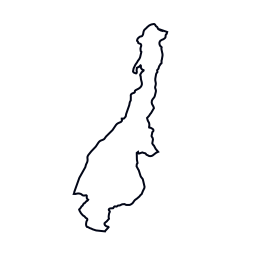 map outline of Cesar (Natural Earth projection), rotated 195°
{"feature_id": "COL-1414", "entity_name": "Cesar", "entity_type": "Department", "adm_level": 1, "iso_a3": "COL", "parent_name": "Colombia", "parent_adm1": "", "projection": "natural_earth1", "projection_center": [-73.578, 9.272], "detail": "fine", "context": "isolated", "style": "outline", "palette": "ink", "viewbox_px": 256, "rotation_deg": 195, "n_neighbors": 0, "source": "natural_earth", "source_scale": "10m", "svg_char_len": 4778}
<svg xmlns="http://www.w3.org/2000/svg" viewBox="0 0 256 256"><g transform="rotate(195 128 128)"><path d="M163.3,50.3L163.2,51.3L163.3,52.6L162.1,67.3L159.1,79.1L159.1,81.8L158.6,84.4L158.6,85.8L159.0,87.5L159.5,88.7L159.7,90.0L159.3,91.7L157.4,96.0L154.3,101.7L152.8,106.2L152.2,107.5L151.3,108.6L149.0,110.3L148.1,111.2L147.0,114.1L142.4,122.0L140.4,127.8L139.7,129.1L138.7,130.2L136.5,131.9L135.8,133.2L135.8,134.7L136.6,135.3L137.4,135.2L134.8,135.9L134.3,136.2L133.2,138.5L133.4,141.0L132.7,150.3L132.9,153.0L132.9,153.5L132.5,155.4L133.3,158.7L133.8,160.3L133.8,161.0L133.5,161.7L132.7,162.6L131.2,163.6L130.9,164.0L130.7,164.5L130.9,165.1L130.9,165.6L130.7,166.1L130.1,166.8L128.0,168.7L127.2,169.6L126.8,170.2L126.4,170.9L126.1,171.7L125.9,172.6L125.9,173.4L125.9,174.0L126.5,175.6L128.1,178.4L129.2,181.4L129.6,181.6L130.0,182.5L129.3,185.3L127.9,187.2L127.8,187.6L128.0,188.0L128.3,188.0L129.3,188.1L129.7,188.2L130.1,188.5L130.4,188.9L131.3,189.6L131.5,191.1L131.7,191.5L132.1,191.8L132.4,191.5L132.9,190.5L133.2,190.0L135.0,188.4L134.6,185.9L134.5,185.6L134.1,184.8L133.9,183.7L133.9,183.4L134.2,182.9L134.7,182.8L135.5,182.9L136.8,183.1L137.5,183.6L137.8,184.0L138.0,187.0L137.2,191.2L136.3,193.5L135.8,195.5L135.2,196.9L134.8,198.2L134.6,199.7L134.8,205.0L135.6,205.5L136.5,207.8L136.5,208.3L136.6,208.9L136.5,210.6L136.7,211.5L137.5,212.4L140.0,212.7L140.8,214.0L141.3,214.3L141.5,214.3L141.7,214.5L141.9,214.8L141.9,215.4L141.9,216.2L141.6,217.2L140.9,218.3L140.4,219.0L139.7,219.6L138.6,220.1L138.2,220.5L137.9,221.3L137.7,222.5L137.9,224.9L137.8,226.3L137.6,226.9L137.3,227.5L136.0,229.5L135.5,230.5L134.9,231.3L134.3,232.2L133.4,233.1L132.3,234.0L130.5,234.9L129.8,235.2L129.2,235.1L128.6,234.8L127.5,233.7L127.1,233.5L126.5,233.3L126.0,233.1L125.5,232.7L124.9,231.8L124.4,231.4L123.8,231.2L121.7,230.7L121.4,230.7L122.3,231.4L115.0,230.9L115.0,229.0L115.3,228.6L115.6,227.8L115.6,227.2L115.5,226.5L115.3,225.6L115.4,224.9L115.7,224.3L116.6,223.1L116.9,222.8L117.7,222.3L119.3,220.7L119.7,219.5L119.7,218.3L119.3,217.2L119.1,216.9L119.0,216.6L118.6,216.2L118.4,216.0L117.9,215.5L117.8,215.3L117.5,215.2L117.1,215.2L116.8,215.1L116.6,214.8L116.3,214.4L116.3,213.2L113.8,208.3L113.4,206.9L113.3,206.0L113.0,202.7L113.1,202.0L112.9,201.4L112.7,200.2L112.4,199.6L112.4,199.2L112.5,198.9L113.1,198.3L113.2,198.1L113.3,197.4L113.8,196.0L113.9,195.3L114.0,193.5L113.9,193.3L114.1,192.7L114.6,191.9L114.8,191.4L114.6,190.7L114.2,190.1L114.1,189.4L114.6,188.5L114.8,187.4L114.4,182.7L114.0,181.1L112.7,178.4L112.4,176.9L112.4,174.6L112.2,173.8L111.2,172.3L110.8,171.6L110.5,170.3L110.4,165.9L110.6,164.5L111.7,162.0L112.0,160.6L111.7,158.7L111.0,157.4L109.0,155.3L108.1,153.9L109.6,148.4L110.2,147.2L110.8,145.2L112.2,142.6L110.8,140.3L109.0,138.4L108.3,136.9L108.0,135.6L107.9,134.3L107.6,133.9L107.2,133.9L106.8,134.0L106.3,134.1L104.0,133.5L103.3,133.1L103.0,132.7L102.8,132.2L102.8,131.9L102.8,131.6L102.8,131.3L103.1,130.9L103.3,130.6L103.4,130.3L103.4,130.0L103.4,129.5L103.3,128.9L103.2,126.5L103.0,126.0L102.6,125.6L102.1,125.2L101.6,124.7L100.9,123.3L100.6,119.5L99.6,118.4L98.4,117.7L95.9,115.0L92.7,112.8L94.4,111.4L97.2,107.7L98.2,107.0L99.1,106.6L100.4,106.4L100.8,106.5L101.3,106.6L101.9,106.8L102.8,106.9L103.3,107.0L104.1,107.7L104.6,108.0L106.7,108.0L107.1,108.0L107.8,108.1L108.3,107.8L110.7,106.2L111.1,106.1L111.4,106.3L111.7,106.7L111.8,107.0L112.1,107.5L113.1,106.2L111.2,99.7L109.7,96.6L110.1,95.5L110.1,95.0L109.8,93.2L107.3,90.5L106.7,90.0L103.4,84.8L102.4,83.8L101.5,83.2L100.8,82.7L100.2,81.9L98.7,79.1L96.8,75.5L96.7,74.7L96.7,73.8L96.9,73.0L97.3,70.9L97.7,67.7L98.7,66.2L99.3,64.7L99.9,63.9L100.8,62.5L102.6,60.3L103.1,59.3L103.7,57.6L104.2,56.4L105.3,55.1L106.1,54.4L106.8,54.0L108.9,53.5L109.6,53.3L110.2,53.3L110.6,53.3L111.1,53.5L111.7,53.6L113.9,52.8L116.0,51.0L116.8,50.8L117.7,50.4L118.5,49.3L119.1,49.0L119.8,49.0L120.6,48.8L121.0,48.4L121.4,47.3L121.6,46.7L122.0,46.5L123.7,46.0L125.0,45.3L125.4,44.6L125.4,44.0L124.9,43.4L124.4,43.1L124.0,42.7L123.9,42.2L124.1,41.1L124.1,40.1L123.8,37.6L123.5,36.6L122.9,35.4L124.5,32.1L125.2,31.3L126.0,29.9L125.8,29.1L125.2,28.3L124.3,27.8L123.4,27.5L122.4,27.4L121.6,27.5L121.1,27.2L121.5,26.2L123.3,22.9L123.4,22.2L132.3,20.8L136.0,21.0L137.3,21.3L138.9,21.4L141.0,21.9L141.9,21.8L142.7,22.4L143.4,23.5L143.7,24.6L143.9,26.4L143.9,27.2L143.6,28.1L143.5,28.8L144.0,29.8L145.6,30.3L147.2,31.4L148.9,31.9L151.3,33.5L153.5,35.7L154.1,36.7L153.4,37.8L153.1,38.6L152.6,40.2L151.8,41.3L151.2,43.6L150.4,44.2L149.2,46.6L148.6,47.0L148.2,47.6L147.9,48.4L149.0,48.9L149.7,49.7L150.0,50.7L150.3,51.9L150.9,52.2L151.8,51.9L152.8,51.4L153.9,51.2L154.8,51.4L155.8,51.9L156.6,52.1L157.7,52.1L158.7,52.0L159.7,51.7L161.9,50.6L163.3,50.3L163.3,50.3Z" fill="none" stroke="#020617" stroke-width="2"/></g></svg>